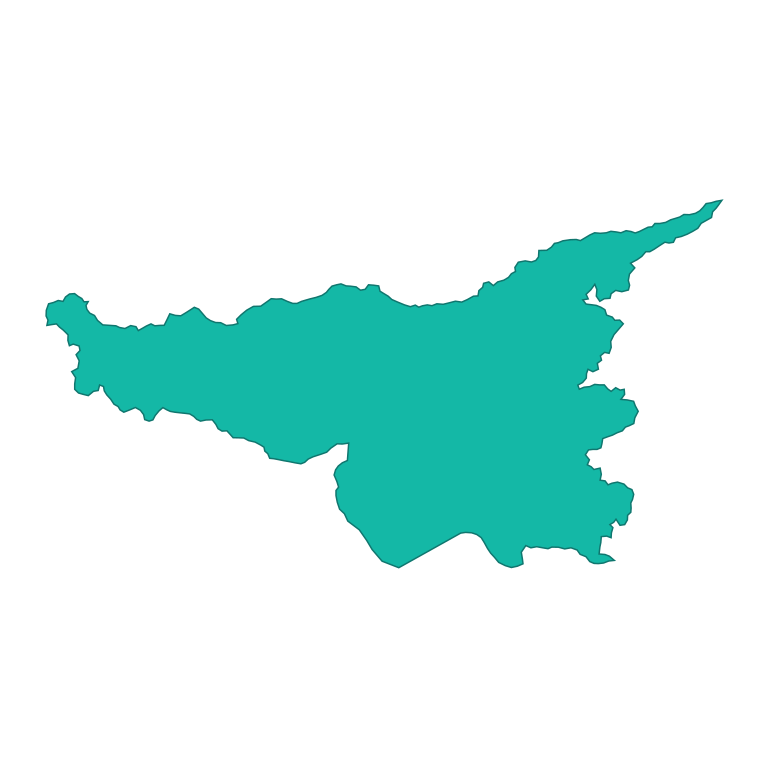 Aurora do Tocantins, Tocantins, Brazil
{"feature_id": "56859067B18425923118279", "entity_name": "Aurora do Tocantins", "entity_type": "district", "adm_level": 2, "iso_a3": "BRA", "parent_name": "Brazil", "parent_adm1": "Tocantins", "projection": "albers", "projection_center": [-46.425, -12.638], "detail": "fine", "context": "isolated", "style": "filled", "palette": "teal", "viewbox_px": 768, "rotation_deg": 0, "n_neighbors": 0, "source": "geoboundaries", "source_scale": "gbopen_adm2", "svg_char_len": 5177}
<svg xmlns="http://www.w3.org/2000/svg" viewBox="0 0 768 768"><path d="M152.9,419.9L155.2,415.5L159.1,410.8L162.9,407.6L166.8,409.8L170.3,411.4L174.8,412.2L180.0,412.8L185.7,413.4L189.7,413.9L193.8,416.4L196.7,419.3L200.5,421.1L206.0,420.0L212.3,419.8L215.9,424.4L218.1,428.7L222.0,431.1L226.9,430.8L230.1,434.3L233.1,437.7L238.5,437.8L243.8,438.0L248.7,440.6L255.1,442.1L260.6,445.0L264.0,447.2L264.8,451.1L267.8,453.7L269.7,458.3L273.7,458.7L278.5,459.6L283.8,460.7L289.1,461.6L295.0,462.8L300.9,463.8L304.7,462.3L308.3,459.0L313.0,456.8L321.0,454.2L326.7,452.2L330.9,448.1L337.1,443.8L342.3,444.0L348.7,443.1L347.4,460.5L342.3,462.8L338.3,466.0L335.6,469.8L334.1,475.0L336.9,481.5L338.6,487.1L336.0,490.5L336.0,495.6L337.3,502.3L339.6,509.2L344.4,513.7L347.8,521.1L359.3,529.8L366.7,540.4L372.1,549.5L382.1,561.2L398.8,567.7L460.7,533.1L465.6,532.4L471.7,532.8L476.8,534.5L481.2,537.6L484.3,542.6L487.6,548.6L490.7,553.2L494.3,557.1L498.7,562.4L505.2,565.6L511.4,567.5L517.4,566.2L523.0,563.8L522.4,559.0L521.3,552.2L525.8,545.6L530.9,547.8L536.7,546.7L542.7,547.8L548.0,548.7L551.8,547.1L558.4,547.2L564.7,548.9L571.0,547.8L577.1,550.0L580.1,554.3L586.0,556.7L589.8,561.6L594.0,563.4L598.3,563.6L603.6,563.0L608.8,561.0L614.3,560.4L609.4,556.2L605.0,554.5L599.1,554.0L599.9,546.9L600.8,542.6L601.3,536.6L606.7,536.1L611.1,537.7L611.4,532.9L612.9,527.6L609.9,524.6L613.7,522.3L616.0,519.2L620.0,525.3L624.7,524.6L627.4,519.9L627.6,515.3L630.8,512.3L631.1,508.1L630.8,503.0L632.5,499.4L633.7,494.3L631.9,489.6L627.6,487.8L624.0,484.1L617.5,482.1L612.0,483.2L608.0,484.8L605.1,480.9L600.1,480.2L601.3,474.3L600.1,468.1L593.9,469.5L591.1,466.7L587.3,464.8L589.4,459.8L585.4,454.8L588.5,449.9L592.8,449.4L597.0,449.4L600.9,447.8L601.9,443.8L602.7,438.6L607.8,436.7L612.5,435.1L617.0,432.8L622.4,430.8L625.4,427.1L629.2,425.7L633.8,423.5L634.8,417.9L638.2,411.3L635.3,405.9L633.6,401.3L627.0,399.9L620.9,399.4L624.6,394.4L624.2,389.3L620.1,390.1L615.7,387.7L611.1,391.4L607.6,388.8L604.3,384.9L599.6,384.9L594.7,384.4L589.9,386.6L584.1,387.2L579.3,389.2L577.8,385.1L582.6,382.5L586.3,378.1L586.5,373.6L588.0,369.3L592.9,371.7L598.4,369.2L597.3,363.3L601.5,360.2L600.4,355.8L604.6,352.4L609.1,353.3L611.2,347.4L610.7,341.4L614.0,334.6L618.5,329.4L623.3,323.8L619.7,320.1L614.8,320.3L612.3,317.1L606.6,315.1L604.9,309.7L601.0,307.3L596.3,305.4L591.2,304.7L586.1,304.1L582.8,299.9L588.2,298.9L586.1,294.3L590.8,289.8L594.8,284.3L596.9,289.6L596.3,296.1L599.8,301.3L604.3,298.7L610.0,298.3L611.1,293.7L615.7,290.4L621.8,291.7L628.4,290.0L629.6,285.2L628.3,280.5L629.5,274.0L634.8,267.9L630.5,263.2L637.1,259.7L641.8,256.4L645.8,251.7L649.8,251.7L654.2,249.2L659.9,245.4L664.9,242.2L669.0,243.0L673.4,242.3L675.6,237.8L681.3,236.5L687.2,234.2L692.6,231.4L697.8,228.3L701.2,223.3L705.8,220.7L711.5,217.5L712.6,211.8L716.1,208.2L718.5,205.0L721.9,200.3L716.1,201.3L711.2,202.8L706.1,203.6L703.0,207.5L699.7,210.9L695.5,213.3L689.5,214.7L683.9,214.5L679.8,217.0L675.0,218.5L670.7,219.8L665.7,222.4L659.8,223.5L654.9,223.5L652.2,226.8L648.1,227.2L643.6,229.4L639.4,231.5L635.2,233.0L631.0,231.5L626.1,230.7L620.9,232.8L616.6,232.0L610.9,231.3L606.3,232.8L600.3,233.3L594.6,232.8L590.0,234.9L585.3,237.7L580.4,240.6L576.2,239.5L570.5,239.7L562.9,240.8L558.2,242.7L554.4,243.4L551.5,247.1L546.8,250.3L542.8,250.4L538.9,250.5L538.5,257.0L535.8,260.5L531.4,262.0L525.2,260.9L518.3,262.2L514.9,267.4L515.5,271.5L511.4,273.7L508.5,277.4L503.8,280.2L497.7,281.9L493.3,285.6L488.8,281.9L483.6,283.3L482.7,287.3L478.9,290.6L478.0,295.9L473.4,296.2L467.3,299.6L461.7,302.1L455.4,301.2L449.3,302.8L443.2,304.3L436.8,303.8L432.0,305.7L427.3,304.9L422.4,305.8L418.8,307.2L415.3,305.1L410.4,306.7L404.5,304.9L397.0,301.8L391.8,299.5L388.2,296.2L384.2,293.8L380.0,291.2L378.7,285.9L373.6,285.2L368.5,284.8L365.2,289.3L360.5,290.2L356.1,286.9L350.6,286.2L346.1,285.9L341.0,283.9L336.6,284.8L332.0,286.1L328.8,289.4L326.4,292.4L322.0,295.4L316.1,297.4L310.0,298.9L305.5,300.2L301.5,301.4L297.1,303.4L292.7,303.4L287.3,301.4L281.6,298.8L276.3,299.1L271.2,298.7L266.8,301.9L260.7,306.2L253.4,306.4L246.7,310.2L241.0,314.9L236.6,319.3L237.9,323.6L233.0,324.9L226.3,325.5L220.7,322.7L215.5,322.5L210.4,320.6L206.2,317.9L202.8,313.9L198.7,309.1L194.3,307.3L190.5,309.8L186.1,312.6L180.8,315.8L175.3,315.4L169.8,313.8L167.2,319.3L164.2,325.3L159.5,325.4L154.8,325.8L151.0,323.9L146.4,326.0L142.6,328.2L138.3,330.6L136.0,326.7L130.7,325.6L125.0,328.5L119.5,327.5L115.9,325.8L110.2,325.4L102.8,324.9L97.5,320.4L94.5,315.5L89.7,313.1L86.9,309.4L86.0,305.5L88.2,301.6L84.0,301.8L81.8,298.5L78.2,296.4L74.6,293.6L69.5,294.0L65.5,297.0L63.0,301.4L58.2,300.5L53.5,302.5L48.6,303.8L46.3,310.3L46.1,316.0L48.0,320.1L46.9,325.4L51.6,324.6L56.5,323.9L59.4,327.0L63.4,330.2L68.1,334.9L67.9,340.4L69.4,345.7L73.2,344.1L79.1,346.0L80.0,350.5L76.1,354.7L79.2,360.8L77.9,368.3L71.7,371.6L75.6,377.6L74.7,384.0L74.7,389.3L78.5,393.0L83.4,394.4L88.3,395.6L93.5,391.3L98.2,390.5L99.6,385.0L103.5,386.5L104.3,390.9L106.8,394.9L110.7,399.2L114.0,404.2L118.1,406.5L120.1,409.9L123.8,412.2L129.2,410.1L135.4,407.5L140.4,410.3L143.6,414.6L144.7,419.6L149.1,421.1L152.9,419.9Z" fill="#14b8a6" stroke="#0f766e" stroke-width="1.5"/></svg>